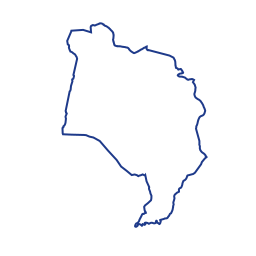 the district of La Union, Cartago, Costa Rica, rotated 287°
{"feature_id": "36466004B23984119166299", "entity_name": "La Union", "entity_type": "district", "adm_level": 2, "iso_a3": "CRI", "parent_name": "Costa Rica", "parent_adm1": "Cartago", "projection": "robinson", "projection_center": [-83.995, 9.913], "detail": "fine", "context": "isolated", "style": "outline", "palette": "blue", "viewbox_px": 256, "rotation_deg": 287, "n_neighbors": 0, "source": "geoboundaries", "source_scale": "gbopen_adm2", "svg_char_len": 5737}
<svg xmlns="http://www.w3.org/2000/svg" viewBox="0 0 256 256"><g transform="rotate(287 128 128)"><path d="M203.8,45.5L193.5,44.4L190.3,46.0L190.2,46.9L189.5,47.5L188.8,47.8L188.3,47.9L187.9,47.9L187.4,48.1L186.0,49.1L185.5,49.6L185.4,49.6L185.3,49.8L184.3,50.5L184.2,52.0L183.9,53.0L183.5,53.7L183.3,54.3L183.1,55.3L182.9,55.7L182.6,56.2L181.7,57.1L180.9,58.1L179.3,59.1L162.7,60.3L162.3,61.0L161.6,61.2L159.2,61.3L159.0,61.2L158.3,60.5L157.7,60.5L157.3,60.7L156.7,61.1L156.4,61.2L151.5,61.2L148.0,61.9L146.8,61.9L145.9,61.5L126.0,63.4L125.3,64.0L124.9,64.1L124.6,64.2L124.4,64.4L124.2,65.0L123.9,65.2L120.8,64.9L119.8,65.3L118.9,65.9L114.7,66.7L113.3,66.7L112.5,66.6L111.4,66.2L110.9,65.8L110.6,65.7L110.0,66.0L109.6,65.9L108.9,65.4L108.7,65.4L103.8,67.1L103.0,67.7L105.2,76.2L108.4,87.7L108.9,90.0L108.5,93.6L108.8,97.7L107.3,104.8L100.6,115.4L94.1,126.5L89.1,132.7L86.7,139.1L84.1,145.3L85.5,148.0L85.5,150.4L85.1,151.3L85.0,152.0L85.7,152.6L86.4,153.8L87.1,154.7L87.4,155.1L87.8,155.4L87.8,156.4L87.6,157.3L87.6,157.9L87.7,158.2L88.0,158.3L82.5,161.3L77.6,165.6L76.7,165.6L75.6,166.1L73.8,167.6L71.8,168.7L71.3,169.2L70.1,170.2L68.5,170.7L68.2,170.7L67.2,171.0L65.6,171.1L61.8,168.9L58.9,166.9L57.3,166.5L54.3,167.9L53.2,168.7L53.2,169.0L52.8,169.4L52.1,169.9L51.7,169.4L51.4,168.9L51.0,168.5L50.4,168.2L50.2,167.3L49.8,166.9L49.0,166.7L47.4,166.5L46.9,166.4L45.8,166.2L45.6,166.1L45.0,166.1L43.9,165.8L42.4,165.8L41.5,165.6L41.3,165.5L40.1,165.0L39.6,164.4L39.2,163.9L38.8,163.7L38.2,163.5L37.5,163.4L36.4,163.4L36.1,163.5L35.9,163.7L35.8,164.2L35.9,164.6L36.5,165.2L37.1,165.6L37.6,165.8L39.0,165.8L39.3,166.0L39.4,166.4L39.4,167.6L39.1,168.8L38.6,169.9L38.7,170.0L40.3,170.1L40.2,172.0L40.3,172.2L40.9,172.7L41.1,172.7L41.3,171.8L42.1,171.8L42.5,172.2L42.8,173.2L42.9,174.6L42.5,175.7L42.5,176.0L43.0,176.5L43.7,177.2L43.8,177.3L44.1,177.8L44.4,178.6L44.4,180.7L44.7,181.5L45.4,182.3L45.8,182.3L46.3,182.1L47.4,182.1L47.6,182.2L47.6,182.6L47.0,183.0L46.5,183.2L46.3,183.6L46.1,183.7L45.9,184.1L45.9,184.8L45.6,185.3L45.4,185.7L45.4,186.2L45.8,186.4L46.3,186.6L48.3,186.6L48.6,186.5L49.1,185.8L49.5,185.7L51.5,188.9L52.2,189.6L52.7,190.9L53.2,191.7L54.0,192.2L55.1,192.4L56.2,193.0L57.5,193.1L58.0,193.2L58.6,193.6L59.0,194.1L59.6,194.2L62.0,194.5L63.4,194.5L64.7,194.3L65.4,194.3L65.9,194.1L66.3,194.1L66.6,194.0L68.3,194.0L69.5,193.3L70.2,193.1L72.7,193.1L74.4,193.0L75.0,192.7L75.7,192.3L76.4,192.1L77.2,192.1L78.1,192.3L79.8,193.4L80.4,193.7L81.7,195.1L82.0,195.4L82.6,195.2L83.8,194.7L84.8,194.7L85.4,195.0L86.4,196.1L87.4,196.4L89.7,196.5L90.7,196.3L92.1,196.3L93.7,196.5L93.9,196.8L94.4,197.1L94.8,197.6L96.1,198.3L97.4,198.6L99.8,198.7L100.0,198.8L103.1,203.8L104.8,205.1L114.7,208.5L117.0,208.6L121.1,210.3L123.2,211.6L123.8,210.6L124.0,210.5L124.2,210.4L124.2,210.2L124.5,210.1L125.1,209.3L125.7,208.1L126.3,206.2L126.5,205.7L127.1,204.7L128.1,203.6L128.2,203.4L128.4,203.3L128.7,203.2L129.6,202.6L130.9,202.3L131.7,202.0L132.5,201.4L133.4,200.9L134.3,200.8L135.3,200.4L136.4,200.1L147.3,193.2L148.2,193.2L149.2,192.9L150.2,192.9L150.4,193.0L151.3,193.1L152.6,193.1L155.0,192.9L156.5,192.9L158.3,193.1L159.5,193.4L160.6,194.2L161.8,195.7L162.3,196.1L163.0,196.5L163.4,196.6L164.2,196.8L166.6,196.8L167.0,196.8L167.7,196.4L168.5,195.8L169.0,195.5L170.1,194.4L171.8,193.2L173.6,191.3L173.9,190.8L174.8,189.8L175.2,189.1L175.8,187.6L176.1,186.0L176.9,183.8L177.3,183.3L178.3,182.4L179.1,181.9L179.9,181.5L182.6,181.5L184.2,181.3L184.8,181.0L186.3,180.9L189.0,179.1L190.8,176.7L193.3,177.1L193.6,175.5L193.5,174.7L193.0,173.9L193.0,173.7L192.6,172.9L192.5,172.6L191.7,171.5L191.7,170.7L191.8,170.6L191.8,170.4L191.9,170.1L192.0,169.9L192.5,168.5L192.8,168.0L192.9,167.6L192.9,164.8L192.8,164.7L192.8,164.3L192.7,163.9L192.6,163.4L192.3,162.7L192.3,161.5L192.4,161.0L192.9,160.2L193.2,160.2L193.5,160.4L194.0,160.6L195.0,161.6L195.3,162.0L195.7,163.0L196.3,164.0L196.6,164.4L197.1,164.5L197.5,164.2L197.7,163.7L197.8,163.7L198.6,163.1L198.7,162.8L198.9,162.7L199.2,162.1L199.8,161.5L199.8,160.9L199.6,160.6L199.3,160.2L198.9,159.3L198.6,159.1L198.6,158.9L199.3,158.2L199.4,157.9L199.5,157.4L199.5,156.4L199.7,156.2L200.4,155.9L200.5,155.8L201.4,155.4L201.5,155.2L202.0,155.0L203.7,154.4L205.0,153.9L205.6,153.6L206.8,152.8L207.1,152.3L207.7,151.9L208.5,151.0L208.6,150.9L209.4,146.5L208.5,124.4L208.2,124.3L208.2,124.0L208.4,123.5L209.3,122.5L210.0,122.3L211.1,122.2L211.4,122.1L211.1,121.7L210.7,121.5L210.6,121.3L209.5,120.2L209.4,119.9L208.0,118.8L207.3,118.1L207.1,118.0L207.0,117.7L206.3,117.0L205.4,116.4L205.2,116.1L204.8,115.7L204.6,115.6L204.3,115.2L204.0,115.1L203.9,114.8L203.7,114.7L202.0,112.8L201.4,111.9L201.4,111.2L201.7,110.5L201.8,109.9L202.3,108.3L203.1,106.7L203.5,106.3L203.6,106.0L203.8,105.9L204.3,105.2L204.6,104.5L204.7,103.5L204.5,102.9L204.5,101.4L204.3,100.5L204.2,99.6L204.1,99.3L204.0,98.4L203.8,96.2L203.5,95.7L203.5,95.4L203.4,95.2L203.3,94.2L203.1,94.1L203.1,93.8L203.0,93.5L203.0,91.6L203.2,91.1L203.4,91.0L203.5,90.7L204.2,90.3L204.3,90.1L205.5,89.5L205.7,89.3L206.2,89.1L206.3,88.8L207.3,88.4L207.9,87.9L209.5,87.8L209.9,87.7L211.8,87.3L212.0,87.2L212.3,87.2L212.8,86.9L213.1,86.9L213.3,86.7L214.5,86.1L214.6,85.9L214.9,85.8L215.0,85.5L215.6,85.0L216.8,82.7L217.3,82.0L217.8,80.8L218.2,80.3L218.3,79.7L218.4,79.4L218.6,78.9L219.0,77.6L219.0,76.6L219.1,76.4L219.1,75.7L219.5,75.0L219.5,74.6L219.8,74.5L219.8,74.2L219.9,73.8L220.2,73.3L220.2,73.0L220.2,71.7L220.0,70.9L219.8,70.7L219.8,70.4L219.3,69.9L219.1,69.8L219.0,69.5L218.4,68.9L217.4,67.5L216.8,67.0L216.6,66.6L216.3,66.3L216.3,65.3L216.2,65.1L216.2,64.4L216.0,64.0L215.3,63.5L215.2,63.2L214.8,63.0L214.6,62.8L213.5,62.8L208.7,64.7L208.7,56.4L204.5,45.4L204.1,45.4L203.8,45.5Z" fill="none" stroke="#1e3a8a" stroke-width="2"/></g></svg>